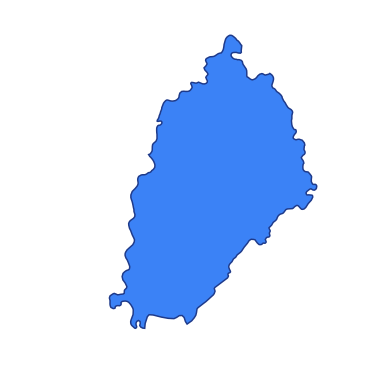 Polotsk, Vitebsk, Belarus (Albers equal-area conic projection), rotated 143°
{"feature_id": "67162791B45929653886900", "entity_name": "Polotsk", "entity_type": "district", "adm_level": 2, "iso_a3": "BLR", "parent_name": "Belarus", "parent_adm1": "Vitebsk", "projection": "albers", "projection_center": [28.82, 55.497], "detail": "fine", "context": "isolated", "style": "filled", "palette": "blue", "viewbox_px": 384, "rotation_deg": 143, "n_neighbors": 0, "source": "geoboundaries", "source_scale": "gbopen_adm2", "svg_char_len": 5991}
<svg xmlns="http://www.w3.org/2000/svg" viewBox="0 0 384 384"><g transform="rotate(143 192 192)"><path d="M311.8,111.6L308.5,115.2L302.7,119.3L300.1,119.8L297.1,117.2L291.8,110.6L287.0,105.4L282.6,101.7L279.8,101.1L276.5,100.9L274.2,99.3L273.8,96.5L275.2,92.5L275.4,89.5L269.8,89.3L265.9,90.2L263.1,91.3L261.0,93.0L258.5,95.5L257.7,95.8L256.7,96.0L250.2,96.1L246.9,96.1L236.9,97.0L235.4,97.5L233.3,98.9L232.3,101.5L231.3,102.0L215.4,102.0L213.8,102.7L213.3,103.2L213.2,104.0L212.7,104.8L211.8,105.2L210.2,104.8L209.4,105.0L209.0,105.6L208.6,107.7L208.0,109.6L207.3,110.6L206.3,111.3L204.7,111.9L202.0,112.3L200.3,113.1L199.1,113.6L196.4,113.6L193.8,114.6L189.5,114.7L187.9,115.0L183.7,116.5L178.7,117.7L175.6,118.8L173.5,118.7L173.0,118.5L171.2,116.9L170.4,115.8L170.5,114.8L170.5,111.9L170.1,109.8L169.4,109.0L167.9,108.2L166.3,108.4L165.7,108.2L164.5,107.1L163.3,107.2L162.8,107.5L162.0,110.0L160.5,110.6L159.8,110.7L159.1,110.6L157.7,109.8L156.9,109.8L156.1,110.2L155.0,112.6L153.1,113.7L152.8,114.2L152.4,116.4L152.0,117.1L148.4,117.6L145.9,118.7L144.9,118.9L142.5,118.9L141.0,119.2L138.3,120.8L136.8,121.2L134.8,121.2L133.0,120.5L131.6,120.3L129.8,120.8L128.0,121.4L127.3,121.4L125.9,121.0L121.8,118.3L120.9,118.2L118.6,118.5L116.6,118.3L116.0,117.9L115.4,116.9L115.1,113.3L114.8,112.2L113.9,111.5L112.6,111.0L110.4,111.2L106.2,112.8L101.6,113.7L98.7,115.2L98.1,116.1L97.9,116.9L98.5,117.7L99.4,118.5L100.5,119.5L101.4,120.0L102.0,120.7L101.9,121.7L101.4,122.7L100.1,123.3L97.0,123.4L96.0,123.3L95.2,123.0L94.8,122.4L94.4,121.3L94.1,120.7L92.9,119.7L91.0,119.8L90.3,120.2L89.0,121.4L88.6,122.2L88.6,123.2L88.9,123.9L90.7,125.2L90.9,126.1L90.5,128.4L89.2,130.2L87.3,132.2L87.0,133.2L87.0,135.7L87.1,136.9L87.3,138.2L88.4,139.2L89.4,140.3L89.8,141.8L89.7,143.1L89.1,144.3L88.1,145.7L86.5,147.3L85.3,147.7L84.7,149.1L84.4,150.2L84.3,152.7L83.9,153.8L81.5,154.5L79.5,154.5L78.2,155.1L77.5,156.2L77.0,158.6L74.4,161.3L73.7,161.5L73.3,162.3L72.7,163.7L72.8,167.0L74.7,169.7L75.8,170.4L77.5,171.1L78.2,172.1L78.8,173.7L78.4,174.7L77.2,175.6L75.7,176.2L73.3,176.8L72.4,177.5L71.8,178.6L71.7,179.4L72.7,180.3L72.8,181.3L72.6,183.4L72.1,184.9L71.6,186.0L69.7,189.1L68.1,190.5L66.1,193.1L63.7,195.0L63.2,196.1L63.2,197.9L63.6,199.1L64.2,200.5L64.5,201.8L64.3,204.8L63.9,207.1L63.9,209.7L63.3,212.8L62.7,214.1L62.6,215.9L62.9,218.2L63.9,221.3L63.8,223.9L64.1,225.1L64.8,226.4L64.6,228.1L63.9,229.3L61.0,231.3L59.3,232.7L58.3,234.0L57.8,235.7L57.8,237.4L58.1,238.6L58.5,239.9L59.8,239.9L63.1,241.3L63.7,242.2L64.2,243.5L64.9,244.5L67.0,245.3L69.4,245.2L71.5,244.6L73.2,244.4L75.1,244.8L76.4,245.3L77.2,246.5L77.8,248.1L78.0,249.3L78.7,250.9L78.4,251.7L76.6,254.1L75.3,256.0L74.7,257.6L74.4,263.2L74.0,264.4L73.3,265.9L73.4,267.4L73.9,268.2L74.8,269.4L76.1,270.3L76.8,271.4L77.9,272.3L78.7,273.9L78.9,275.6L78.9,276.8L78.5,277.7L77.8,278.5L76.9,278.8L76.0,278.9L75.0,278.5L73.5,277.5L72.5,276.7L71.4,275.2L69.7,273.7L68.5,273.9L67.7,275.2L64.5,278.6L64.1,279.2L64.3,280.2L64.1,282.6L64.2,284.8L64.7,285.9L64.7,288.5L65.3,291.2L66.0,293.1L66.8,293.9L67.7,294.5L69.2,294.7L71.2,294.6L73.1,293.9L74.2,293.1L77.6,290.5L79.1,288.9L81.1,287.1L83.1,286.0L84.9,285.5L86.6,286.3L87.9,286.7L91.6,286.9L92.8,287.1L94.2,287.8L96.2,289.1L97.1,289.4L100.2,289.9L101.2,289.6L102.0,288.8L102.4,287.3L102.6,286.0L102.9,285.2L104.9,284.4L107.7,283.9L108.1,282.5L108.3,281.4L108.0,278.7L108.1,277.1L108.7,276.2L111.0,275.7L112.0,275.2L112.6,273.1L112.8,271.5L113.8,270.5L115.1,270.2L116.8,270.7L117.5,271.2L118.5,272.1L120.7,275.8L122.7,276.2L123.8,277.0L125.4,278.9L126.4,279.8L126.9,279.8L127.6,279.5L127.9,278.9L128.1,277.5L128.8,275.6L129.6,275.1L132.0,274.3L133.3,274.3L134.7,274.8L136.4,276.0L137.9,277.4L139.7,278.5L142.2,278.3L144.2,276.8L145.0,275.9L146.0,275.2L147.2,274.9L148.5,274.8L150.3,275.0L152.7,276.2L154.2,277.5L156.1,280.1L157.0,280.7L158.2,280.8L160.2,280.4L161.4,280.0L165.3,277.6L166.3,276.5L168.9,274.9L170.1,273.9L172.0,272.8L173.6,271.5L175.1,270.7L176.6,270.2L177.2,269.4L176.6,268.8L175.0,268.0L174.1,267.3L173.9,266.6L174.1,265.7L175.0,264.9L175.7,264.7L176.6,264.6L177.6,264.8L178.6,265.4L179.4,265.5L180.7,265.0L181.7,264.3L183.0,262.7L184.3,260.8L185.2,259.2L187.8,255.7L189.8,254.4L190.9,254.2L193.7,254.0L195.0,253.5L196.3,252.2L198.7,249.2L199.9,248.4L201.7,247.8L202.9,247.6L204.1,248.0L204.3,245.8L204.1,244.7L204.0,242.8L204.0,241.0L204.2,239.4L204.8,237.2L205.4,235.8L206.9,234.1L209.2,233.3L211.3,233.3L212.4,232.9L214.0,233.0L215.2,233.7L217.7,233.7L219.3,234.2L221.4,235.7L222.5,236.2L225.2,236.5L226.9,235.6L228.1,234.3L229.4,231.9L230.2,230.9L231.6,230.0L232.7,229.6L235.2,229.0L239.4,228.4L242.6,226.4L244.2,224.3L244.8,222.8L245.2,221.4L246.0,219.3L247.0,217.1L248.2,214.7L248.9,213.0L250.1,211.3L251.1,208.4L252.5,206.8L254.5,206.2L258.5,206.3L260.2,205.8L261.5,205.0L262.4,203.7L263.0,202.4L263.8,200.5L264.2,198.1L265.5,193.8L266.2,190.1L266.7,188.4L268.3,186.8L271.1,185.5L278.5,184.9L281.2,183.9L282.4,183.1L283.5,181.8L284.1,180.3L284.5,178.8L284.6,176.9L285.3,174.0L286.3,170.7L286.8,169.6L288.2,168.3L289.0,168.0L290.3,168.3L291.1,168.6L292.3,168.8L294.1,168.8L296.1,168.5L298.7,166.5L300.1,163.4L300.1,159.7L300.9,155.7L302.1,154.7L304.8,154.3L305.3,154.0L307.1,151.9L308.4,152.0L309.7,152.7L310.6,153.3L312.4,154.1L313.4,154.8L314.0,156.0L315.1,157.8L316.2,158.2L319.8,158.4L321.3,157.5L321.9,156.8L322.8,154.6L324.9,151.9L325.5,150.9L326.0,149.6L326.2,148.6L325.1,146.3L324.0,145.7L323.3,145.6L322.4,146.5L321.0,146.6L319.7,146.0L318.2,144.7L316.9,144.6L315.9,145.2L315.4,146.3L314.5,146.6L313.6,146.6L312.2,145.9L310.8,145.0L309.6,143.6L308.9,142.0L308.7,139.0L308.9,136.8L309.2,134.8L309.7,133.5L310.4,132.5L312.8,129.6L317.5,126.6L318.9,125.5L319.8,124.2L320.3,123.0L320.4,122.1L320.3,120.9L320.0,119.5L319.7,117.8L319.1,117.1L318.0,117.1L317.1,117.9L316.7,119.3L316.1,120.4L315.4,121.1L314.0,121.9L312.1,121.6L311.4,119.9L312.5,118.1L314.0,116.9L314.2,116.0L314.2,114.9L313.3,113.0L311.8,111.6Z" fill="#3b82f6" stroke="#1e3a8a" stroke-width="1.5"/></g></svg>